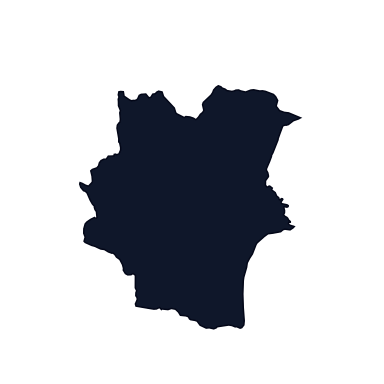 Kindia, Kindia, Guinea (orthographic projection), rotated 303°
{"feature_id": "49546643B82751767083924", "entity_name": "Kindia", "entity_type": "district", "adm_level": 2, "iso_a3": "GIN", "parent_name": "Guinea", "parent_adm1": "Kindia", "projection": "orthographic", "projection_center": [-12.699, 10.108], "detail": "fine", "context": "isolated", "style": "filled", "palette": "ink", "viewbox_px": 384, "rotation_deg": 303, "n_neighbors": 0, "source": "geoboundaries", "source_scale": "gbopen_adm2", "svg_char_len": 3413}
<svg xmlns="http://www.w3.org/2000/svg" viewBox="0 0 384 384"><g transform="rotate(303 192 192)"><path d="M104.0,306.5L105.3,307.6L108.7,307.9L112.5,305.9L122.9,298.0L134.1,290.2L145.6,283.3L148.8,281.8L158.6,278.8L162.7,276.9L167.8,276.4L172.9,276.4L182.9,274.3L184.8,274.3L193.6,276.7L198.3,278.4L201.6,282.3L207.0,288.0L209.8,288.8L211.4,290.1L213.7,294.9L217.0,296.3L218.7,296.6L218.6,296.2L218.6,295.9L218.1,294.4L217.4,291.8L217.8,290.3L218.3,289.8L219.2,289.7L220.2,290.9L220.8,290.5L221.1,288.3L222.1,286.6L222.4,285.2L222.2,283.3L222.7,281.1L224.9,280.9L226.9,279.7L228.5,278.0L229.3,277.2L229.9,277.3L230.9,279.7L231.6,280.4L232.3,280.5L233.0,280.1L233.0,279.2L233.0,278.6L231.1,273.7L231.6,272.5L232.2,272.1L235.2,272.2L235.6,271.6L235.3,270.8L233.2,269.8L233.1,269.3L234.5,267.7L234.7,265.2L236.8,262.1L237.1,257.9L237.7,257.4L239.0,257.2L239.3,254.0L238.8,253.3L237.9,253.1L237.3,252.6L237.0,252.1L237.4,251.1L237.4,250.1L241.5,247.5L246.5,247.7L247.4,247.1L249.4,245.1L250.7,242.7L251.9,241.8L260.1,240.4L261.4,240.1L265.0,239.3L266.2,238.7L268.9,238.5L282.8,235.7L283.2,235.3L288.1,234.1L296.2,232.3L297.1,232.3L298.8,233.6L299.3,234.6L301.0,236.1L307.0,238.2L311.4,241.6L312.3,242.0L313.3,242.6L311.0,230.0L309.0,225.9L307.9,221.1L309.8,215.8L315.4,214.0L317.5,210.2L318.2,207.2L316.4,198.8L315.3,196.1L313.6,193.8L311.3,188.0L309.5,185.8L305.0,182.5L303.2,177.5L303.0,175.6L301.3,173.3L299.8,172.4L298.1,170.7L296.1,166.1L296.3,163.8L295.6,160.7L296.0,158.9L295.4,156.2L294.2,155.7L292.9,155.1L289.3,154.6L286.7,155.2L283.7,155.2L273.3,152.7L271.0,153.3L266.9,157.5L264.5,157.6L261.7,156.7L258.4,156.7L255.3,156.1L254.7,155.6L254.7,153.1L253.8,149.4L251.9,145.7L250.2,145.0L249.3,136.7L249.6,135.2L252.8,131.4L256.6,116.1L259.6,112.4L258.7,110.0L258.4,109.1L256.5,108.0L254.4,107.7L252.7,105.8L249.1,105.9L247.5,104.6L249.0,99.9L246.2,96.2L244.3,95.1L240.6,95.7L239.1,95.4L237.5,94.1L236.8,92.8L235.6,91.7L235.2,89.6L235.4,82.8L238.7,79.8L237.9,78.3L237.4,77.4L236.2,76.1L233.3,77.3L231.9,79.1L229.7,79.6L227.6,81.2L224.3,83.4L221.4,87.6L219.1,88.3L214.0,92.3L211.6,93.5L210.0,93.1L207.4,93.0L206.4,93.5L204.7,94.3L196.8,101.6L194.1,103.3L193.7,104.7L190.4,108.0L188.3,109.3L184.1,110.0L182.3,108.6L182.1,107.3L181.2,106.3L179.8,106.9L178.3,105.0L176.5,102.3L172.8,102.2L171.4,100.1L168.8,98.6L166.1,98.4L163.1,99.4L160.5,99.1L158.3,97.4L156.6,96.1L154.6,95.6L150.9,99.5L147.0,102.5L145.8,103.0L140.5,102.0L139.7,99.0L139.4,95.1L138.9,93.0L137.5,93.5L135.3,96.2L134.0,100.3L134.5,102.2L134.0,104.6L129.7,111.1L127.7,115.0L126.7,118.4L125.9,118.5L124.4,120.3L123.5,122.5L118.9,126.2L118.0,126.1L117.3,124.9L117.5,124.1L113.8,121.9L109.7,120.2L107.1,119.8L102.3,121.3L98.4,123.7L96.0,127.0L91.9,128.3L91.5,129.9L92.6,137.0L93.5,139.8L94.5,146.5L96.1,149.9L96.2,154.4L97.0,158.0L97.8,159.2L97.5,161.4L96.3,164.1L96.1,168.2L93.3,173.2L90.8,176.0L89.0,177.0L87.3,180.6L87.5,183.2L89.4,185.9L91.5,186.9L91.3,189.9L80.7,196.7L79.1,199.4L77.1,199.8L74.4,201.4L73.5,203.5L71.9,204.7L67.3,205.5L65.8,207.2L68.2,212.8L70.7,218.6L73.0,223.8L74.6,225.9L77.5,227.6L76.8,230.3L77.5,230.4L80.3,235.9L83.1,238.1L84.7,242.0L83.9,246.1L82.3,249.4L84.9,254.5L85.4,257.0L84.2,259.0L84.2,260.4L85.9,264.3L86.5,266.6L84.7,271.3L85.6,278.0L87.5,280.4L89.1,284.8L91.5,286.4L92.6,286.4L100.5,295.3L101.8,298.3L102.4,301.6L103.4,302.9L104.0,306.5L104.0,306.5Z" fill="#0f172a" stroke="#020617" stroke-width="1.5"/></g></svg>